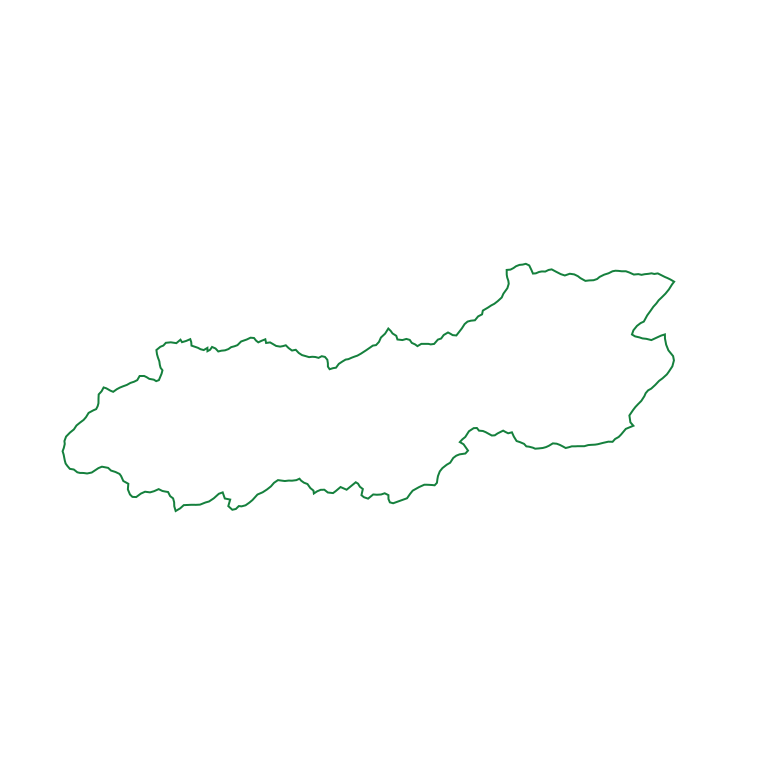 Agudos, São Paulo, Brazil (Equal Earth projection), rotated 36°
{"feature_id": "56859067B30413823559578", "entity_name": "Agudos", "entity_type": "district", "adm_level": 2, "iso_a3": "BRA", "parent_name": "Brazil", "parent_adm1": "São Paulo", "projection": "equal_earth", "projection_center": [-49.116, -22.562], "detail": "fine", "context": "isolated", "style": "outline", "palette": "green", "viewbox_px": 768, "rotation_deg": 36, "n_neighbors": 0, "source": "geoboundaries", "source_scale": "gbopen_adm2", "svg_char_len": 5301}
<svg xmlns="http://www.w3.org/2000/svg" viewBox="0 0 768 768"><g transform="rotate(36 384 384)"><path d="M327.5,567.9L329.8,574.3L335.2,574.9L337.6,572.2L338.3,568.1L340.7,566.7L343.3,563.5L344.8,559.1L345.8,555.2L346.6,547.8L349.5,542.9L351.3,538.2L352.7,533.3L353.1,528.6L354.7,524.1L360.8,520.8L363.5,518.3L366.5,516.2L369.6,513.3L371.3,510.3L373.7,510.9L377.2,510.9L380.9,509.9L385.6,511.5L389.6,511.7L391.6,513.8L393.0,510.1L395.0,506.8L397.9,504.6L402.3,504.8L406.9,502.2L407.9,499.0L409.4,492.9L415.9,491.5L417.4,485.8L418.9,480.1L421.6,479.9L424.9,481.3L428.6,481.4L431.1,487.2L434.3,487.4L438.5,486.1L440.2,479.7L443.3,477.8L446.6,475.1L448.8,472.0L452.9,471.3L455.2,474.4L458.3,476.3L461.5,475.1L469.8,462.9L469.7,457.5L469.9,453.4L473.0,446.7L475.8,441.8L478.5,439.9L482.2,437.5L484.5,436.2L484.9,432.8L483.1,429.5L481.8,426.8L480.5,421.9L480.7,417.7L482.2,412.4L483.8,408.8L483.5,403.1L484.6,399.5L486.5,396.5L490.7,392.4L491.1,388.5L487.6,387.3L483.8,386.0L479.5,386.4L479.9,382.8L480.9,379.1L480.5,372.3L482.5,367.0L485.0,365.0L488.3,365.9L491.6,363.9L494.5,363.2L501.5,362.3L503.8,360.4L504.9,357.3L507.8,351.7L510.5,351.4L513.4,350.9L515.9,347.9L519.9,350.2L524.8,352.2L528.2,351.1L532.5,350.1L535.8,350.8L538.1,349.5L541.9,348.0L544.3,347.5L546.9,345.3L550.0,342.5L552.1,339.9L553.7,337.1L555.5,332.8L558.8,330.8L562.1,329.9L565.3,329.4L568.6,329.0L570.8,326.4L572.6,324.0L575.0,322.3L577.1,320.6L582.6,316.6L585.1,313.4L587.2,311.6L590.4,309.0L592.4,307.0L595.8,302.9L599.4,298.8L602.9,296.4L603.3,292.6L605.0,288.9L605.5,285.5L606.0,278.2L608.2,274.6L610.3,271.2L605.9,270.2L601.0,265.2L600.8,258.6L600.9,254.9L601.4,250.9L602.1,246.4L601.8,240.8L601.1,237.6L601.4,233.9L602.9,230.7L604.0,225.3L604.7,219.8L606.0,215.7L607.2,210.0L607.2,206.8L606.9,200.2L604.7,194.5L601.5,191.5L594.3,189.6L589.1,186.3L587.1,184.4L584.6,182.1L582.1,178.8L579.7,182.0L574.5,191.3L569.6,193.3L566.3,195.2L563.4,196.1L559.1,197.9L555.5,198.2L554.2,193.9L554.5,188.3L555.8,183.9L557.5,180.8L557.1,177.6L556.6,173.8L556.6,168.0L556.5,163.2L557.0,158.7L557.0,154.8L557.7,151.1L558.6,145.5L558.9,140.0L558.5,134.1L558.6,130.7L554.3,131.1L550.9,131.7L548.4,132.3L544.7,132.9L540.5,133.6L538.0,136.1L535.4,137.2L533.1,139.5L530.3,142.0L528.2,144.3L525.2,145.6L521.8,148.6L516.9,149.6L513.5,150.6L510.0,153.1L507.0,154.8L504.7,156.3L502.6,158.5L500.6,162.4L497.8,166.2L495.5,170.6L494.7,173.8L492.5,176.9L489.1,179.6L486.3,182.2L483.1,182.6L480.6,182.9L477.5,182.8L473.5,183.5L469.5,185.6L466.5,189.9L462.5,191.2L457.4,192.0L452.3,192.7L450.1,195.0L448.4,198.2L445.5,200.2L443.6,202.2L441.8,205.2L439.6,207.1L436.4,205.2L431.8,202.7L428.1,203.4L426.0,205.9L423.6,208.0L421.6,211.1L420.6,214.1L419.1,217.1L416.2,219.6L419.1,223.5L421.2,225.5L423.9,227.4L426.0,229.6L427.5,234.0L427.5,240.7L428.4,244.8L427.3,250.2L426.1,254.3L424.6,257.3L423.1,261.3L420.8,266.5L422.4,270.0L420.4,274.0L420.1,279.0L417.1,281.7L414.9,284.4L414.0,288.1L414.3,293.3L414.0,302.2L410.8,304.1L408.2,304.3L405.5,304.7L403.5,309.3L403.5,313.6L401.5,316.4L401.0,322.1L398.5,324.5L396.2,325.5L393.9,327.2L390.6,329.6L388.8,333.7L385.8,333.7L382.3,334.4L378.9,333.2L375.6,334.4L373.1,337.6L368.7,340.1L365.6,337.8L361.2,338.1L358.2,337.1L354.9,336.6L355.3,342.6L354.2,348.2L355.2,352.9L354.7,357.2L352.4,359.5L351.3,362.7L349.8,367.0L347.5,373.0L345.8,376.7L344.1,379.1L342.4,381.7L340.6,384.8L338.6,386.8L337.1,390.3L335.6,394.3L335.6,399.0L333.5,401.1L331.3,404.0L328.4,402.9L326.4,400.2L323.9,397.7L320.3,396.8L317.3,398.1L315.7,401.3L312.6,402.5L310.0,404.1L307.6,406.3L304.2,407.5L300.7,408.8L296.8,409.0L292.5,408.2L289.9,411.0L285.7,411.0L281.8,410.4L280.0,412.7L278.0,414.8L274.4,416.6L270.2,417.0L267.4,417.3L264.5,420.1L261.7,417.6L259.5,421.1L257.8,424.2L255.0,424.1L251.8,423.2L248.8,425.0L246.8,428.7L243.4,433.6L242.6,438.7L240.9,441.3L238.7,444.0L237.6,447.2L235.6,450.2L232.8,452.7L230.8,455.1L226.8,454.3L223.1,455.1L223.2,458.5L221.9,461.2L219.9,458.6L218.2,462.5L215.1,463.7L212.2,464.1L209.2,465.0L205.7,466.1L203.4,463.4L200.9,461.6L198.6,465.5L196.0,468.9L193.3,467.8L192.0,473.0L187.0,475.6L183.3,478.9L182.9,482.6L181.2,485.3L179.9,490.3L182.9,493.4L185.6,495.5L188.9,497.7L191.3,500.2L193.7,502.2L196.7,503.1L198.0,506.4L199.6,513.2L198.0,515.6L195.2,515.8L191.1,517.8L187.9,518.0L185.2,518.5L181.6,521.2L182.1,525.9L180.5,529.0L178.2,532.2L176.5,535.9L174.2,539.3L172.4,542.2L170.9,545.3L169.5,549.5L166.6,550.2L161.9,550.7L159.2,551.6L159.8,555.9L159.3,560.1L161.6,563.6L164.3,567.4L165.4,570.3L165.9,573.5L164.4,576.0L162.0,581.0L162.4,585.9L162.1,589.6L160.8,593.8L159.6,598.3L159.8,603.0L158.5,607.9L157.7,613.4L159.0,618.0L161.0,620.2L162.6,624.1L163.5,627.3L166.3,629.4L170.7,633.5L173.2,635.5L176.0,636.4L179.7,637.3L183.3,635.5L187.8,635.7L190.4,634.6L193.2,632.6L196.4,630.9L199.6,627.4L202.4,619.9L204.4,616.7L210.1,614.0L214.0,614.5L218.5,613.0L222.9,612.2L225.4,613.0L230.1,615.7L235.8,615.0L238.7,619.8L243.4,622.7L246.8,623.2L250.0,621.1L251.7,615.6L254.0,611.6L258.4,609.2L260.9,606.0L263.5,601.5L267.6,600.8L270.0,599.7L272.8,598.3L276.9,600.4L280.6,600.5L283.7,603.0L286.2,606.2L290.1,609.2L292.2,604.4L293.2,599.7L299.6,594.6L302.9,592.3L306.1,589.7L309.2,584.8L311.5,581.9L313.5,576.5L314.9,569.9L317.2,566.5L322.5,570.2L327.5,567.9Z" fill="none" stroke="#15803d" stroke-width="2"/></g></svg>